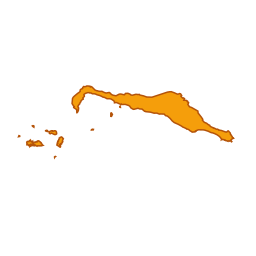 Antique, Antique, Philippines (Equal Earth projection), rotated 283°
{"feature_id": "2640588B32523752073662", "entity_name": "Antique", "entity_type": "district", "adm_level": 2, "iso_a3": "PHL", "parent_name": "Philippines", "parent_adm1": "Antique", "projection": "equal_earth", "projection_center": [121.674, 11.308], "detail": "fine", "context": "isolated", "style": "filled", "palette": "amber", "viewbox_px": 256, "rotation_deg": 283, "n_neighbors": 0, "source": "geoboundaries", "source_scale": "gbopen_adm2", "svg_char_len": 5683}
<svg xmlns="http://www.w3.org/2000/svg" viewBox="0 0 256 256"><g transform="rotate(283 128 128)"><path d="M131.4,74.7L131.5,75.0L132.4,75.4L133.9,75.7L135.0,75.6L135.3,75.3L136.1,75.5L136.9,75.1L137.1,74.6L137.9,74.2L138.7,74.7L139.0,74.6L140.0,75.0L140.5,75.5L142.0,75.6L143.0,76.2L143.9,76.1L144.9,76.7L146.1,77.9L146.4,77.8L146.8,77.3L147.1,77.2L149.0,78.4L149.8,78.1L150.3,77.5L150.7,77.5L151.4,78.0L152.4,79.1L153.3,80.6L153.7,82.1L153.5,82.7L153.8,84.1L153.3,85.6L153.7,87.2L153.8,88.6L153.4,90.3L153.3,93.2L153.1,93.9L153.0,95.0L152.5,96.3L152.5,98.4L151.8,101.0L152.4,103.6L152.4,105.1L151.3,108.1L150.1,109.1L149.5,109.1L149.5,109.4L150.0,110.1L150.2,111.4L149.3,115.9L149.6,116.1L149.4,116.2L150.4,120.0L150.1,123.5L149.7,124.7L148.2,126.3L147.4,128.9L147.7,129.9L149.5,133.3L149.2,135.1L149.6,137.4L148.0,140.4L148.1,141.3L147.9,141.6L148.5,146.3L148.3,150.0L149.0,152.8L148.6,155.4L149.0,156.6L149.7,160.1L148.5,161.8L148.5,163.4L148.3,164.1L146.8,166.9L144.9,169.4L143.7,171.8L142.9,176.1L141.9,179.7L141.2,181.3L141.1,182.3L140.4,185.5L140.6,185.5L140.4,185.6L140.6,185.8L140.3,185.7L140.3,186.0L140.6,186.1L140.3,186.1L140.1,187.5L139.2,189.2L138.8,190.8L138.4,191.4L139.3,194.2L139.7,194.6L139.8,194.2L140.4,194.5L142.1,197.0L143.1,201.8L143.2,203.1L142.9,206.7L142.2,210.0L142.3,211.4L142.0,213.8L141.4,216.4L140.5,218.6L139.7,219.9L138.5,221.3L138.4,221.7L137.6,221.7L138.0,222.1L138.0,223.0L138.3,223.9L138.2,224.5L137.9,224.6L137.8,225.0L138.1,225.7L137.6,226.3L137.8,227.1L137.5,228.5L137.9,228.6L138.2,229.3L138.0,229.8L138.6,230.5L139.4,230.9L140.3,231.7L141.8,232.3L141.5,232.8L141.7,233.2L142.1,232.8L142.0,232.3L142.3,232.1L142.4,231.7L143.3,231.3L143.8,230.4L144.7,229.8L144.9,229.2L146.0,228.9L147.7,226.5L147.7,226.1L146.2,225.0L146.1,223.8L146.6,219.4L146.4,217.0L146.6,217.0L146.7,216.4L146.8,216.4L147.0,215.2L146.7,214.6L146.8,214.3L146.7,214.0L147.1,213.0L147.1,211.8L147.3,211.9L147.7,209.2L148.1,207.8L149.1,206.9L149.1,206.1L149.4,205.7L149.5,205.0L150.3,203.6L150.7,201.1L152.3,198.8L153.3,198.9L155.0,197.1L158.4,192.9L160.2,192.3L162.3,185.3L162.5,183.1L164.5,181.0L166.2,181.4L167.0,179.9L167.4,180.1L167.9,179.1L168.0,178.2L167.6,176.1L169.4,176.4L169.8,175.1L169.5,174.6L169.6,174.2L170.8,172.5L171.8,172.9L171.9,172.5L172.2,172.5L173.1,171.6L173.2,170.6L172.6,169.8L172.1,168.7L172.4,166.8L172.7,165.5L173.1,162.0L172.7,160.5L171.8,158.3L163.4,144.4L162.4,139.3L162.8,135.9L162.8,132.1L163.3,131.4L162.8,130.2L162.8,129.0L162.5,127.8L161.0,125.1L160.8,123.9L160.8,123.4L161.2,123.0L161.6,121.4L161.8,120.1L161.1,117.7L159.8,117.2L159.5,116.9L159.5,113.3L159.0,111.8L156.7,109.1L156.6,106.0L156.8,104.9L157.5,103.2L157.8,103.2L158.1,102.6L158.4,101.7L157.1,98.7L157.4,96.2L157.9,94.3L157.6,93.4L157.3,91.6L157.3,90.4L157.4,90.1L157.3,89.0L157.6,87.3L159.8,83.8L160.1,82.6L160.1,81.5L159.7,81.7L160.0,80.2L159.7,78.4L159.1,77.9L158.9,77.3L158.5,76.7L158.5,75.5L157.1,74.7L156.4,74.9L156.1,74.7L155.4,73.6L154.4,72.9L153.8,72.9L153.0,73.2L151.5,72.2L150.5,71.2L146.9,68.5L145.6,67.7L144.2,67.3L139.2,68.0L137.3,69.9L136.8,70.8L136.0,70.4L135.7,70.5L134.4,73.8L131.4,74.7ZM91.4,32.5L90.9,32.8L90.4,32.8L89.6,33.8L89.2,33.7L89.0,33.2L88.9,33.2L89.1,34.8L88.7,35.0L88.6,35.6L88.9,35.7L89.1,35.3L89.2,35.6L88.8,36.0L88.8,35.8L88.6,35.8L88.6,36.0L88.5,35.8L88.3,35.9L88.5,36.8L88.2,36.8L88.6,37.1L88.1,36.9L88.6,37.4L88.8,37.1L88.6,36.9L88.7,36.7L88.7,36.9L88.9,36.8L88.9,37.3L89.5,37.4L89.7,37.2L89.9,39.3L90.1,39.2L90.6,38.1L90.7,38.6L91.4,39.0L91.4,39.6L91.0,40.1L90.5,40.2L90.5,40.6L90.3,40.4L90.0,40.7L90.0,40.8L89.5,40.6L89.5,40.8L89.0,40.7L89.9,40.9L89.8,41.2L90.1,42.0L89.8,43.5L90.0,43.6L90.3,43.8L90.4,44.7L90.7,45.1L90.7,46.1L91.0,46.6L91.0,47.3L92.0,49.1L92.2,48.6L93.1,47.6L93.2,47.1L93.7,47.1L94.1,46.7L94.2,46.2L94.6,45.9L95.0,44.4L95.3,44.3L95.4,43.7L95.0,42.7L94.5,42.3L94.1,42.6L93.9,42.5L93.7,41.1L93.4,40.9L93.6,40.8L93.3,40.8L92.8,38.1L92.7,37.9L92.5,38.4L92.4,38.3L92.7,37.3L92.7,37.8L92.8,37.3L93.3,37.8L93.5,37.8L92.9,37.2L93.2,36.5L93.4,36.3L93.5,35.7L94.1,35.9L94.3,35.6L93.6,35.5L93.5,35.3L93.5,34.9L92.4,34.5L92.6,33.9L92.2,32.9L91.4,32.5ZM98.3,62.5L96.7,62.5L96.6,62.8L95.8,62.5L95.3,62.6L94.8,64.3L94.9,64.7L94.7,64.6L94.4,65.1L94.1,65.9L94.2,66.4L94.3,66.4L94.2,66.2L94.3,66.1L95.2,66.1L95.3,65.8L96.0,65.8L96.3,65.5L96.2,66.0L96.3,66.2L96.9,66.4L97.1,66.0L97.5,65.9L97.7,66.0L97.7,66.9L99.3,67.0L99.3,67.3L99.8,67.5L100.2,67.5L100.5,67.2L101.1,67.0L103.0,67.4L103.3,66.7L103.8,66.5L104.3,65.4L104.3,65.0L103.5,63.9L103.0,63.8L102.8,63.3L101.5,63.4L101.2,63.1L100.9,63.2L99.9,62.9L99.5,63.1L99.3,63.0L99.3,62.6L98.7,62.6L98.6,62.8L98.3,62.5ZM106.4,51.9L106.2,52.2L105.2,52.5L104.9,53.1L105.0,53.8L105.5,54.1L105.8,54.7L105.1,57.7L105.2,58.6L105.6,59.3L106.3,59.8L108.0,59.2L108.9,58.2L108.7,56.7L108.1,56.0L107.9,55.3L108.0,54.9L108.3,54.9L108.2,54.3L107.5,53.1L106.7,52.2L106.8,52.1L106.7,52.2L106.4,51.9ZM138.6,107.9L135.5,108.6L135.5,108.9L135.6,109.3L137.7,109.8L139.0,108.5L138.9,108.2L138.6,107.9ZM108.5,34.3L108.1,34.8L107.6,36.1L108.5,36.0L109.0,35.6L108.9,34.8L108.5,34.3ZM106.9,48.3L106.6,48.4L106.5,49.1L106.7,49.4L106.6,50.1L106.4,50.2L106.6,50.8L106.9,50.0L107.4,50.1L107.5,49.7L107.5,49.3L106.9,48.3ZM117.8,92.8L118.3,94.0L118.2,94.4L118.9,94.6L118.9,93.8L118.6,93.3L118.2,92.8L117.8,92.8ZM96.1,22.8L95.9,23.5L94.9,23.3L95.4,24.4L95.8,24.4L96.0,24.2L96.1,22.8ZM83.3,62.9L82.8,63.1L83.4,63.3L83.9,63.9L84.0,63.7L83.8,63.3L83.3,62.9ZM147.1,115.1L146.4,115.4L146.4,116.0L146.7,115.9L146.9,115.5L147.4,115.4L147.1,115.1ZM138.1,231.5L137.8,231.9L138.1,232.2L138.4,231.8L138.1,231.5ZM89.5,38.1L89.2,38.4L89.3,38.7L89.7,38.7L89.5,38.4L89.5,38.1Z" fill="#f59e0b" stroke="#b45309" stroke-width="1.5"/></g></svg>